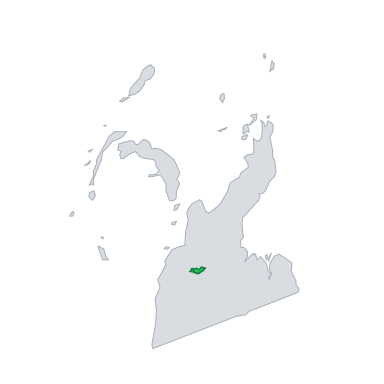 location of Mul/Baiyer District, Western Highlands, Papua New Guinea, rotated 249°
{"feature_id": "67681753B50383451708393", "entity_name": "Mul/Baiyer District", "entity_type": "district", "adm_level": 2, "iso_a3": "PNG", "parent_name": "Papua New Guinea", "parent_adm1": "Western Highlands", "projection": "equal_earth", "projection_center": [144.148, -5.548], "detail": "fine", "context": "in_parent", "style": "filled", "palette": "green", "viewbox_px": 384, "rotation_deg": 249, "n_neighbors": 0, "source": "geoboundaries", "source_scale": "gbopen_adm2", "svg_char_len": 5762}
<svg xmlns="http://www.w3.org/2000/svg" viewBox="0 0 384 384"><g transform="rotate(249 192 192)"><path d="M60.3,255.0L60.1,202.2L58.1,198.3L60.1,188.8L59.9,99.4L63.7,99.8L82.0,110.8L94.3,116.4L105.0,119.1L114.9,128.1L122.3,128.5L133.1,141.1L137.5,141.9L145.2,152.4L145.6,160.9L144.8,166.3L156.4,171.4L167.6,178.6L173.7,179.4L177.1,181.9L181.2,188.1L182.0,196.4L179.6,197.9L169.1,197.8L166.2,200.5L170.3,213.5L179.8,225.4L186.9,230.8L189.0,241.6L192.6,244.9L194.9,253.4L198.5,254.3L205.7,252.9L206.9,256.5L205.8,261.9L206.8,264.0L220.0,268.6L215.6,271.4L217.6,276.3L226.2,280.5L231.5,282.1L234.8,281.6L231.0,284.0L227.6,283.3L227.0,284.0L228.4,286.1L231.1,288.3L228.2,291.1L225.3,291.5L220.0,289.7L215.4,284.4L201.0,282.0L196.0,279.7L192.0,280.5L180.4,277.6L176.6,273.9L174.0,268.2L167.1,261.4L165.5,258.1L166.2,253.6L164.3,254.3L160.3,251.0L149.8,230.2L144.4,227.2L131.0,223.6L129.1,219.5L122.8,218.0L121.4,220.7L116.3,222.5L112.0,220.6L107.7,215.5L112.8,227.0L111.0,226.9L111.8,228.8L110.8,229.0L105.2,228.4L106.9,233.1L97.8,235.8L90.9,234.8L87.6,236.0L86.3,235.9L84.5,232.3L82.0,233.0L84.1,233.1L86.8,237.1L92.5,236.6L98.1,239.6L102.8,246.5L102.6,251.2L89.9,260.0L82.5,256.2L71.7,257.2L67.9,255.8L63.1,257.4L60.3,255.0ZM252.7,137.9L255.4,140.3L258.0,137.8L263.2,140.9L262.1,152.4L260.5,155.6L256.1,156.7L255.6,158.4L258.4,165.2L257.2,167.6L253.4,170.2L247.2,169.9L245.5,174.5L242.1,178.7L228.6,186.9L214.1,187.5L209.3,182.4L204.3,183.4L197.5,177.4L191.9,175.0L190.8,172.7L190.9,169.7L192.5,167.9L202.5,168.2L208.9,170.6L217.3,169.2L219.7,167.4L220.6,160.0L222.0,156.9L223.4,158.3L221.6,164.1L223.6,169.2L229.5,167.7L233.4,168.9L236.3,167.4L240.6,159.4L243.9,155.7L250.0,153.9L250.0,148.0L247.8,139.9L248.7,137.5L252.7,137.9ZM325.9,197.0L325.1,199.6L324.7,198.8L321.6,201.2L318.1,200.4L315.0,197.8L312.6,193.2L312.6,187.9L309.2,185.6L304.8,178.9L303.9,174.5L304.3,167.3L310.7,171.5L317.3,184.0L323.5,189.7L325.9,197.0ZM276.1,141.2L271.7,152.6L269.1,147.9L268.0,144.7L267.8,135.9L261.0,122.7L253.9,118.4L239.5,104.7L233.8,102.5L235.2,101.9L235.2,98.5L242.3,105.7L246.7,107.4L252.6,112.9L256.6,114.8L274.0,135.2L276.1,141.2ZM161.0,84.2L174.7,84.7L174.9,86.2L173.1,86.4L170.8,89.2L162.7,88.4L159.1,89.8L158.8,87.8L160.1,87.3L159.9,85.2L161.0,84.2ZM229.2,260.4L231.7,262.4L233.8,262.1L235.4,264.4L235.6,268.1L234.7,268.9L234.2,267.8L227.6,267.0L228.8,264.9L227.6,260.7L229.2,260.4ZM228.3,100.7L223.4,100.6L219.8,96.2L224.5,94.0L228.1,96.1L228.3,100.7ZM238.9,276.5L242.0,274.1L242.7,274.9L241.5,280.6L236.7,278.2L233.5,269.1L238.9,276.5ZM264.4,252.4L269.6,251.4L272.2,253.8L272.9,254.7L272.4,257.1L268.0,256.1L264.4,252.4ZM276.1,307.4L285.8,313.7L282.1,314.7L279.1,313.0L278.7,311.5L277.5,312.0L278.1,310.9L276.1,307.4ZM185.2,176.4L180.9,171.7L181.2,168.4L185.8,171.3L185.2,176.4ZM226.0,263.9L224.7,264.1L221.8,260.8L223.6,257.1L225.6,258.5L226.0,263.9ZM302.8,167.0L301.0,159.3L302.6,157.0L304.3,161.9L302.8,167.0ZM170.2,167.0L167.2,164.0L169.4,161.2L170.7,162.7L170.2,167.0ZM216.3,74.1L214.7,74.6L212.4,72.1L213.1,69.3L215.6,71.2L216.3,74.1ZM150.3,148.0L148.5,150.8L147.2,148.7L149.2,145.6L150.3,148.0ZM239.8,238.3L239.8,247.5L238.5,245.7L239.2,241.9L237.8,240.8L239.8,238.3ZM103.9,240.7L106.8,244.5L99.7,238.4L103.9,240.7ZM106.5,239.8L102.6,238.3L101.8,237.1L106.4,237.7L106.5,239.8ZM295.0,308.3L294.8,309.6L292.2,309.8L290.5,308.0L292.2,308.4L291.9,307.1L295.0,308.3ZM267.4,109.8L267.5,114.1L265.7,111.1L267.4,109.8ZM257.8,107.5L257.1,108.6L255.2,105.7L255.6,105.1L257.8,107.5ZM235.6,289.4L235.3,291.3L233.6,290.3L233.8,289.1L235.6,289.4ZM256.3,104.2L254.9,104.7L255.1,101.8L256.3,104.2ZM182.0,90.7L182.2,92.8L180.2,92.4L182.0,90.7ZM285.5,133.7L285.3,135.7L284.3,135.0L285.5,133.7Z" fill="#d9dde1" stroke="#a8b0b8" stroke-width="1"/><path d="M119.2,169.0L119.1,167.8L119.7,165.9L119.7,165.7L119.8,165.7L119.8,165.8L119.8,165.7L119.8,165.8L119.9,165.7L120.0,165.6L120.0,165.4L119.9,165.4L120.0,165.2L120.3,165.0L120.3,164.9L120.4,164.6L120.5,164.5L120.4,164.3L120.4,164.2L120.3,163.9L120.2,163.9L120.1,164.0L120.0,163.8L119.9,163.8L119.8,163.7L119.7,163.6L119.6,163.4L119.5,163.2L119.4,163.0L119.3,162.9L119.2,162.9L119.2,162.7L118.9,162.4L118.8,162.2L118.7,162.2L118.4,162.0L118.4,161.9L118.3,162.0L118.3,161.9L118.2,161.9L118.1,161.7L118.1,161.8L118.0,162.0L117.9,162.3L118.0,162.5L118.1,162.8L118.2,163.0L118.2,163.3L118.2,163.5L118.1,163.8L118.1,164.0L118.1,164.3L118.1,164.5L118.1,164.8L118.0,165.0L117.9,165.1L117.7,165.1L117.4,165.1L117.2,165.2L116.9,165.1L116.7,164.9L116.7,165.0L116.6,164.9L116.5,165.0L116.4,165.0L116.2,165.0L116.1,165.3L116.1,165.5L116.0,165.8L115.9,165.9L115.9,166.0L115.7,166.0L115.4,166.1L115.3,166.3L115.2,166.3L114.9,166.3L114.7,166.4L114.6,166.5L114.5,166.8L114.5,167.0L114.4,167.2L114.4,167.3L114.5,167.4L114.5,167.5L114.4,167.7L114.3,167.8L114.2,167.8L113.9,167.9L113.9,168.0L113.7,168.0L113.7,168.3L113.6,168.5L113.6,168.8L113.7,169.0L113.7,169.3L113.8,169.3L113.7,169.4L113.7,169.5L113.5,169.8L113.5,170.0L113.7,170.3L113.8,170.4L113.8,170.5L114.0,170.7L114.3,170.8L114.2,170.9L114.2,171.0L114.3,171.0L114.3,171.3L114.2,171.4L114.2,171.5L114.3,171.5L114.2,171.5L114.1,171.8L114.6,174.5L115.4,175.6L115.5,175.7L115.5,175.8L115.7,176.0L115.7,176.3L115.8,176.4L115.8,176.5L116.1,176.8L116.2,177.0L116.3,177.6L116.4,177.8L116.4,177.6L116.4,177.4L116.3,177.2L116.4,176.9L116.5,176.7L116.5,176.4L116.5,176.2L116.4,176.2L116.4,175.4L116.5,175.4L116.8,175.4L116.8,175.2L117.0,175.1L117.3,175.2L117.5,175.2L117.5,175.3L117.8,175.2L118.1,175.0L118.1,174.9L117.8,174.7L118.0,174.6L118.1,174.3L118.1,174.2L118.1,173.8L118.4,173.2L118.1,172.7L117.8,172.6L117.7,172.5L117.6,172.4L117.5,172.2L117.4,172.1L117.3,171.9L117.3,171.7L117.2,171.6L117.2,171.2L117.6,169.9L119.2,169.0Z" fill="#22c55e" stroke="#15803d" stroke-width="1.5"/></g></svg>